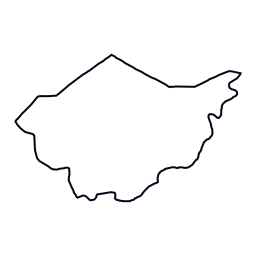 Concepción Tutuapa, San Marcos, Guatemala (Albers equal-area conic projection)
{"feature_id": "79465075B54986860813663", "entity_name": "Concepción Tutuapa", "entity_type": "district", "adm_level": 2, "iso_a3": "GTM", "parent_name": "Guatemala", "parent_adm1": "San Marcos", "projection": "albers", "projection_center": [-91.85, 15.29], "detail": "fine", "context": "isolated", "style": "outline", "palette": "ink", "viewbox_px": 256, "rotation_deg": 0, "n_neighbors": 0, "source": "geoboundaries", "source_scale": "gbopen_adm2", "svg_char_len": 2139}
<svg xmlns="http://www.w3.org/2000/svg" viewBox="0 0 256 256"><path d="M240.6,73.3L231.1,71.2L228.4,71.3L218.0,75.4L216.6,76.4L209.3,79.3L207.9,80.4L199.4,84.6L194.6,86.8L176.0,86.5L171.8,86.9L171.1,86.6L169.3,87.1L165.1,84.2L155.5,79.1L151.9,77.7L144.7,73.9L143.9,73.3L141.6,71.9L135.8,69.2L133.6,67.6L125.5,63.3L123.3,61.7L120.8,60.1L116.3,57.9L114.5,56.3L111.3,54.8L109.8,56.3L105.5,59.0L103.3,61.0L98.5,63.8L94.0,67.2L88.6,71.2L87.6,71.4L87.1,72.1L82.1,75.1L81.5,75.7L69.2,84.9L60.4,92.4L56.4,95.6L48.2,96.2L40.1,96.1L37.6,96.7L30.9,104.9L22.5,113.2L17.3,119.2L16.8,119.3L15.4,121.5L17.5,124.9L20.7,128.5L25.2,132.0L32.9,134.1L34.3,135.8L35.0,150.3L37.1,158.1L39.5,161.1L48.1,166.2L51.1,168.5L52.9,169.3L57.0,169.6L59.4,168.8L64.4,168.2L65.3,167.7L67.9,167.7L69.2,168.6L69.5,174.3L68.8,177.6L68.8,180.6L72.3,188.6L73.0,189.5L74.0,192.7L75.8,195.1L76.5,196.8L77.6,197.7L80.4,196.5L83.1,195.5L84.6,195.7L86.3,196.6L89.4,199.7L90.8,200.3L94.6,199.4L96.2,197.2L96.7,195.1L97.4,194.3L102.4,193.6L110.6,192.2L113.7,192.6L114.8,192.9L115.4,194.6L115.2,197.7L114.9,198.2L115.5,199.1L116.6,199.9L118.0,199.9L118.6,200.4L123.5,201.2L129.7,201.2L131.7,200.2L133.6,199.8L134.4,199.1L135.2,198.1L136.0,198.1L137.7,197.0L138.9,196.6L140.3,196.0L142.3,194.1L142.5,193.4L143.8,191.8L144.6,190.8L149.0,186.4L150.7,185.6L154.6,183.5L156.0,183.2L157.9,182.1L157.6,177.9L158.2,175.4L158.7,173.8L160.0,172.4L161.3,171.1L163.0,170.4L163.6,170.0L165.0,169.4L165.1,168.9L171.7,167.4L174.0,167.2L177.6,168.1L178.9,167.4L181.8,167.3L184.5,167.9L187.2,167.7L188.7,167.2L192.4,164.7L195.7,160.2L196.6,159.9L198.1,157.8L198.8,153.8L199.3,152.9L201.1,150.3L201.7,147.8L203.9,142.3L206.8,139.6L208.0,139.2L209.2,138.6L211.5,135.9L212.3,134.5L212.5,132.6L212.1,128.7L211.5,127.5L210.9,124.2L208.4,117.1L208.7,115.0L210.0,114.1L213.1,114.5L214.5,115.3L217.6,118.0L219.1,117.8L221.1,114.9L221.3,109.2L221.9,107.8L221.9,105.8L223.0,103.7L225.6,101.4L230.7,99.1L232.9,97.7L233.2,97.0L235.4,96.2L237.1,94.4L236.9,91.7L234.9,90.2L231.2,89.0L229.4,87.6L229.0,84.7L229.5,83.0L231.8,81.5L237.2,78.2L240.0,74.7L240.6,73.3Z" fill="none" stroke="#020617" stroke-width="2"/></svg>